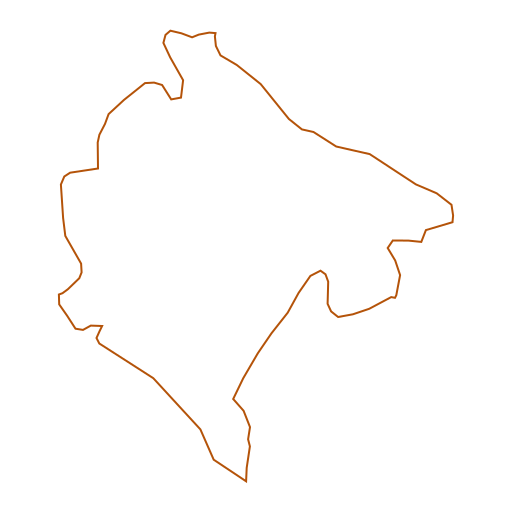 SVG path tracing the border of Montenegro
{"feature_id": "MNE", "entity_name": "Montenegro", "entity_type": "country or territory", "adm_level": 0, "iso_a3": "MNE", "parent_name": "Europe", "parent_adm1": "", "projection": "equal_earth", "projection_center": [19.258, 42.706], "detail": "fine", "context": "isolated", "style": "outline", "palette": "amber", "viewbox_px": 512, "rotation_deg": 0, "n_neighbors": 0, "source": "natural_earth", "source_scale": "50m", "svg_char_len": 1187}
<svg xmlns="http://www.w3.org/2000/svg" viewBox="0 0 512 512"><path d="M215.5,33.1L214.9,36.4L215.9,46.0L220.5,55.4L236.8,65.0L260.7,84.1L288.9,119.0L301.9,129.4L313.5,132.0L336.2,146.5L352.0,150.1L369.7,154.1L415.9,184.4L436.7,193.3L451.5,204.8L453.1,215.5L452.5,222.2L425.9,230.1L421.3,241.9L408.4,240.6L392.8,240.5L387.7,248.0L395.2,260.5L400.1,275.1L396.3,295.2L395.0,297.8L391.2,297.1L369.2,308.8L352.9,314.3L338.1,317.0L331.1,311.4L327.6,303.8L328.2,281.7L325.5,274.3L320.5,270.7L310.4,275.9L298.6,292.9L287.7,312.7L271.4,333.4L257.8,353.3L243.2,378.3L233.2,399.0L243.6,410.8L250.0,427.1L248.1,439.3L249.9,446.4L246.7,467.8L246.1,481.3L213.7,459.7L200.4,429.4L153.3,378.2L99.3,343.5L96.5,338.0L99.5,331.3L102.1,326.0L90.8,325.6L83.0,329.9L75.5,328.7L67.1,315.7L59.2,304.4L58.9,294.5L62.5,293.2L67.9,289.2L79.3,278.2L81.6,272.4L81.1,263.6L65.3,235.9L63.1,217.9L60.9,184.5L64.3,176.5L70.1,172.7L98.0,168.5L97.7,142.5L99.4,134.7L105.0,123.9L108.6,114.1L124.0,99.9L145.0,83.1L154.1,82.6L162.1,85.0L171.2,99.4L181.0,97.6L183.1,80.2L170.2,57.4L163.4,42.9L165.5,34.9L170.4,30.7L181.4,33.3L192.1,37.3L198.8,34.6L209.3,32.6L215.5,33.1Z" fill="none" stroke="#b45309" stroke-width="2"/></svg>